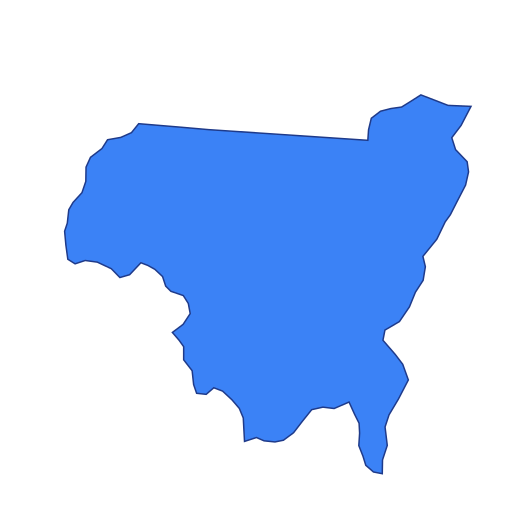 the district of Itaguari, Goiás, Brazil, rotated 191°
{"feature_id": "56859067B11030704466933", "entity_name": "Itaguari", "entity_type": "district", "adm_level": 2, "iso_a3": "BRA", "parent_name": "Brazil", "parent_adm1": "Goiás", "projection": "mercator", "projection_center": [-49.628, -15.936], "detail": "fine", "context": "isolated", "style": "filled", "palette": "blue", "viewbox_px": 512, "rotation_deg": 191, "n_neighbors": 0, "source": "geoboundaries", "source_scale": "gbopen_adm2", "svg_char_len": 1354}
<svg xmlns="http://www.w3.org/2000/svg" viewBox="0 0 512 512"><g transform="rotate(191 256 256)"><path d="M73.5,443.9L96.2,440.5L124.9,445.6L136.0,435.1L141.5,430.0L151.7,426.5L161.4,421.9L169.1,413.2L169.6,401.4L168.3,390.9L326.6,371.0L354.3,368.1L396.4,363.5L401.8,353.3L411.4,346.6L423.9,341.8L427.7,332.1L437.3,321.3L439.8,310.8L437.3,296.8L438.9,285.0L445.8,273.7L448.6,265.7L447.5,252.2L448.6,243.8L444.7,230.4L440.1,216.9L432.1,213.8L422.8,219.0L410.6,219.7L395.6,215.9L385.5,208.9L376.5,213.5L367.7,227.4L360.3,226.1L352.7,223.6L343.8,218.0L338.9,209.2L332.8,205.1L319.8,203.3L313.4,196.5L309.6,186.9L314.5,175.0L323.5,165.0L315.4,158.6L309.7,153.2L307.2,140.3L296.8,131.2L292.7,117.9L288.1,109.9L278.5,110.7L272.3,118.6L263.0,117.0L252.1,110.2L243.3,103.2L237.6,94.6L231.9,71.8L220.9,77.9L212.8,76.1L201.9,77.1L193.9,80.4L185.4,89.7L178.9,102.7L172.0,115.8L161.5,120.4L150.2,121.2L136.8,130.4L129.0,119.4L122.9,111.5L120.5,101.9L118.9,89.5L112.8,79.9L108.3,71.5L99.5,66.4L90.5,66.4L92.9,80.0L91.0,95.1L96.7,112.8L95.1,125.5L88.9,142.7L82.8,163.4L91.3,177.7L100.6,186.0L115.3,197.5L115.3,207.9L102.7,219.0L95.7,235.3L92.6,250.9L87.3,264.0L87.7,277.8L92.1,287.5L81.7,307.0L76.8,325.6L73.1,333.6L69.0,347.9L63.8,365.6L63.4,379.1L66.7,388.8L80.4,398.5L86.4,409.5L79.6,423.3L73.5,443.9Z" fill="#3b82f6" stroke="#1e3a8a" stroke-width="1.5"/></g></svg>